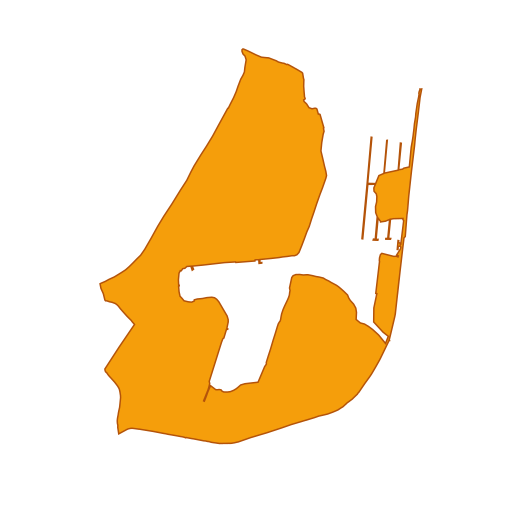 the district of Rodney Bay, Gros Islet, Saint Lucia, rotated 11°
{"feature_id": "8701671B61329229942409", "entity_name": "Rodney Bay", "entity_type": "district", "adm_level": 2, "iso_a3": "LCA", "parent_name": "Saint Lucia", "parent_adm1": "Gros Islet", "projection": "equal_earth", "projection_center": [-60.952, 14.073], "detail": "fine", "context": "isolated", "style": "filled", "palette": "amber", "viewbox_px": 512, "rotation_deg": 11, "n_neighbors": 0, "source": "geoboundaries", "source_scale": "gbopen_adm2", "svg_char_len": 6110}
<svg xmlns="http://www.w3.org/2000/svg" viewBox="0 0 512 512"><g transform="rotate(11 256 256)"><path d="M386.8,60.4L385.5,60.8L385.1,60.8L385.2,61.3L384.8,63.5L384.8,65.2L385.2,66.1L385.3,69.0L385.2,75.7L385.7,85.8L386.1,89.0L386.3,96.0L386.8,101.2L387.3,108.5L387.5,113.3L387.6,119.6L389.5,139.3L384.3,141.6L383.3,142.8L379.6,144.1L377.1,117.6L376.2,117.6L377.3,127.4L379.2,144.6L366.1,150.2L362.8,117.4L362.3,117.6L365.8,150.5L361.3,153.6L359.6,162.1L351.8,163.4L347.1,117.4L346.4,117.4L351.3,164.1L356.7,218.8L357.5,218.8L352.1,164.3L359.5,162.8L358.7,166.7L359.5,169.9L362.2,172.0L363.3,174.6L364.1,179.9L363.9,184.7L365.2,190.6L367.5,194.3L369.9,216.8L368.1,217.0L368.0,218.0L372.6,217.3L372.6,216.4L370.7,216.8L368.6,195.5L371.7,198.3L371.8,198.8L376.5,197.1L380.2,194.6L382.0,213.6L380.1,214.0L380.2,214.7L384.8,213.9L384.9,213.1L382.8,213.4L381.0,194.3L383.6,193.2L393.1,191.1L393.3,192.3L394.2,192.9L395.9,216.9L395.5,217.1L395.2,215.8L393.4,215.7L393.2,213.7L392.5,213.7L393.4,222.6L394.1,222.5L393.8,219.5L395.8,218.7L396.5,219.7L396.5,221.4L393.9,228.1L395.7,228.7L395.6,229.8L393.6,229.5L391.4,230.1L379.0,229.4L377.9,230.9L377.6,234.3L377.9,236.8L378.3,237.9L380.7,269.9L381.8,269.9L381.6,284.5L384.1,298.3L395.2,306.5L401.2,309.6L399.8,317.1L391.4,310.1L384.5,305.9L380.1,303.8L375.5,302.1L371.2,301.8L366.4,299.2L365.4,292.2L363.9,288.1L361.0,284.6L357.1,281.7L355.1,279.6L353.3,276.8L348.9,273.9L345.7,272.0L343.0,270.5L340.6,269.4L334.4,267.5L332.4,266.7L328.9,265.8L326.3,264.8L322.0,264.6L318.8,264.7L315.4,264.5L310.5,264.5L309.1,264.8L306.1,265.6L302.5,265.8L298.7,266.6L296.2,268.2L295.2,270.3L295.0,281.0L296.0,283.4L296.0,285.3L296.2,288.1L295.9,290.4L295.4,292.8L293.6,299.8L292.8,303.4L292.2,308.0L292.2,311.3L292.3,313.3L292.1,315.3L291.5,316.4L290.8,318.4L290.4,321.5L289.7,328.5L288.9,335.4L288.0,344.9L287.1,352.2L286.4,358.5L286.8,360.2L285.6,362.9L282.1,379.5L269.5,383.5L265.6,385.5L263.2,388.6L261.7,390.3L259.7,392.1L256.8,394.0L253.9,395.0L251.1,395.5L250.0,395.6L248.2,395.0L247.3,394.1L245.3,394.1L243.9,394.6L242.0,394.9L236.2,392.0L235.7,393.7L234.7,398.2L234.0,402.8L233.0,408.4L232.2,408.2L234.5,396.3L234.8,392.7L234.9,390.0L234.0,388.0L238.6,347.3L239.2,343.8L239.6,343.1L240.1,342.7L241.0,333.7L242.2,333.4L242.2,332.9L241.2,332.7L241.3,326.0L240.8,323.7L239.1,320.4L228.2,308.0L225.7,306.0L223.3,304.9L220.5,304.9L215.8,306.2L211.4,308.0L206.6,309.4L203.8,310.8L203.9,312.0L201.6,313.6L198.2,313.9L193.9,313.7L191.1,311.4L189.1,310.0L187.3,305.8L185.8,300.5L186.3,300.1L186.2,299.3L185.6,299.2L184.4,294.3L183.7,287.6L184.5,284.8L185.2,285.0L185.7,284.3L186.4,282.5L187.5,282.0L188.5,281.7L190.1,279.5L194.0,278.4L196.1,282.1L197.2,280.9L195.3,278.1L206.7,274.7L226.3,268.5L237.1,265.7L237.4,266.2L255.9,261.1L255.9,259.9L259.5,259.1L260.4,262.7L263.0,261.9L262.9,261.3L261.1,261.8L260.5,258.7L271.3,255.5L279.0,253.1L282.4,251.8L287.0,250.4L291.4,248.8L293.7,248.4L295.9,247.0L297.5,244.4L298.9,237.2L300.2,229.6L301.3,222.6L302.6,216.9L303.5,208.9L304.5,201.8L305.6,193.0L307.1,182.9L308.2,176.8L309.7,166.6L309.9,163.6L308.4,159.6L306.1,154.8L302.7,147.1L299.7,140.5L298.9,132.1L298.7,123.8L299.0,120.6L298.0,118.1L297.7,117.1L297.4,117.0L298.0,116.9L291.9,104.9L291.4,104.6L290.1,104.8L287.8,100.2L287.2,99.7L285.8,99.6L282.9,100.8L279.7,100.3L276.7,97.1L273.6,95.1L273.0,93.6L274.0,92.8L274.2,92.1L273.1,90.2L272.9,89.2L271.9,85.8L270.4,80.2L269.6,75.4L269.4,73.9L268.7,72.5L266.9,67.7L266.0,67.0L261.9,65.5L252.5,62.4L250.4,61.8L249.6,62.2L246.8,61.5L245.3,61.6L241.0,61.3L238.7,60.5L234.1,59.7L230.7,59.1L226.9,59.5L223.4,59.8L217.7,58.6L211.8,57.0L208.8,56.2L204.7,55.3L203.7,55.2L202.9,56.2L203.2,57.8L204.7,60.2L207.1,61.9L208.9,65.3L209.0,69.2L209.1,72.9L209.5,77.6L208.7,81.2L207.3,85.3L206.0,92.7L205.2,98.5L203.8,104.9L201.8,111.8L200.6,116.2L200.1,116.4L194.8,133.0L190.6,146.4L186.5,157.5L182.6,167.2L178.1,179.2L176.0,186.1L173.6,195.0L169.4,205.4L163.5,221.0L157.9,234.6L153.9,245.5L149.6,258.8L145.5,270.7L142.6,277.3L139.8,281.3L136.4,286.5L133.6,290.6L130.6,294.5L127.1,297.9L120.9,303.6L116.0,307.1L112.9,309.7L109.1,312.3L108.2,313.0L109.7,316.7L110.0,317.4L113.1,321.8L113.6,322.7L115.9,327.7L116.1,328.1L116.9,328.7L117.3,328.6L118.3,328.5L120.9,328.9L123.5,328.9L127.0,329.5L128.9,330.4L130.4,331.4L133.0,333.7L136.5,336.4L140.7,339.6L142.9,341.1L145.0,342.5L145.9,343.1L146.9,344.1L148.3,345.2L149.5,346.1L149.8,346.4L138.9,371.8L129.2,395.8L129.4,396.2L129.6,396.9L129.8,397.4L130.4,398.3L131.1,398.8L131.5,398.9L133.9,401.2L135.3,402.3L141.2,406.7L143.8,409.0L145.2,410.3L147.0,412.4L147.8,414.0L148.4,415.4L149.6,418.8L150.1,420.9L150.3,422.9L150.9,429.2L151.0,430.7L150.9,434.1L150.9,436.5L151.0,438.2L151.0,441.4L151.1,443.0L151.3,444.5L151.9,446.8L152.7,448.6L152.8,449.5L153.0,450.2L153.0,450.6L155.2,456.8L161.4,451.7L162.5,450.8L163.7,450.0L164.4,449.7L166.1,449.0L167.7,448.7L170.8,448.5L174.2,448.3L174.6,448.2L175.8,448.2L188.3,447.8L191.7,447.8L200.1,447.8L200.4,447.7L203.8,447.8L207.6,447.7L213.2,447.6L213.9,447.6L217.2,447.6L217.6,447.5L219.9,447.6L221.8,447.9L222.1,447.5L224.4,447.5L225.2,447.5L228.4,447.5L228.8,447.4L231.5,447.4L232.1,447.4L240.0,447.4L241.7,447.2L243.8,447.3L244.6,447.2L245.8,447.2L246.9,447.3L247.4,447.4L250.1,447.3L251.4,447.2L256.2,447.0L257.2,446.7L258.6,446.5L259.2,446.3L264.1,445.3L264.8,445.1L265.3,445.1L265.8,444.9L266.2,444.9L267.7,444.5L270.4,443.5L273.3,442.2L273.7,442.1L285.7,435.1L287.1,434.4L294.7,430.4L300.3,427.5L313.7,420.0L322.8,414.7L341.0,405.2L344.2,403.5L348.1,401.2L354.0,398.6L356.6,397.4L361.2,394.6L364.6,392.3L366.0,391.3L368.2,389.1L370.1,387.4L373.7,382.5L374.8,381.4L376.3,379.7L377.8,378.1L378.8,376.6L381.9,372.2L382.1,371.4L382.9,370.2L387.2,360.2L390.6,352.9L391.8,350.1L392.7,347.6L394.5,342.5L396.6,336.2L397.6,333.0L402.7,313.7L403.2,313.5L402.8,313.0L403.3,301.4L403.8,289.0L403.8,286.4L400.9,251.3L402.2,266.6L400.3,243.3L398.5,219.6L398.0,212.5L397.8,210.1L398.8,208.4L396.3,186.7L396.1,182.6L394.5,167.9L392.4,142.6L390.6,117.5L389.9,110.6L389.1,100.9L388.0,84.4L386.8,69.0L386.8,60.4Z" fill="#f59e0b" stroke="#b45309" stroke-width="1.5"/></g></svg>